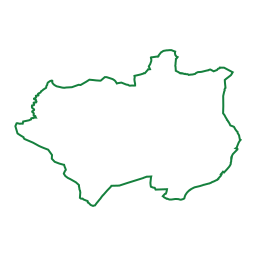 Silmalas pag., Rezeknes, Latvia (Robinson projection)
{"feature_id": "27541924B39247356667850", "entity_name": "Silmalas pag.", "entity_type": "district", "adm_level": 2, "iso_a3": "LVA", "parent_name": "Latvia", "parent_adm1": "Rezeknes", "projection": "robinson", "projection_center": [27.034, 56.413], "detail": "fine", "context": "isolated", "style": "outline", "palette": "green", "viewbox_px": 256, "rotation_deg": 0, "n_neighbors": 0, "source": "geoboundaries", "source_scale": "gbopen_adm2", "svg_char_len": 5475}
<svg xmlns="http://www.w3.org/2000/svg" viewBox="0 0 256 256"><path d="M232.6,72.2L224.1,67.7L219.8,67.6L219.7,68.2L218.0,68.8L217.0,70.0L213.9,71.2L213.7,71.3L210.7,69.7L210.3,69.5L210.1,69.5L208.1,70.2L208.1,70.3L206.5,70.6L201.7,71.8L200.1,72.0L198.0,72.1L196.2,72.9L195.1,73.9L192.4,74.5L190.8,74.6L188.6,74.9L188.1,74.4L187.5,74.2L186.1,74.2L185.7,74.1L185.1,73.8L184.7,73.9L184.3,74.0L183.9,73.8L183.1,73.5L182.6,73.5L182.3,73.3L182.1,73.2L181.7,73.3L181.6,73.2L181.0,73.1L180.9,73.3L180.7,73.2L180.5,73.3L180.2,73.3L180.0,73.1L179.6,72.9L179.2,72.7L178.8,72.3L175.8,70.8L175.7,69.0L175.5,66.5L175.4,66.4L175.3,65.3L175.5,64.6L175.6,62.6L175.8,61.1L175.9,59.1L176.0,59.1L176.2,58.9L177.6,57.1L176.5,56.6L175.3,55.0L174.9,53.0L175.2,51.6L173.0,50.8L171.6,50.2L171.0,50.1L169.9,50.1L167.9,50.3L166.8,50.3L163.4,50.9L161.9,51.9L161.1,52.3L158.5,55.6L158.5,56.2L158.1,56.6L157.8,56.5L157.6,56.7L156.6,56.6L151.4,57.4L151.2,57.3L150.9,57.5L151.0,58.4L151.3,59.3L151.3,60.4L151.3,60.9L150.2,64.1L148.8,66.4L150.0,69.2L148.1,69.4L148.1,69.5L144.9,73.2L144.1,73.2L144.1,73.3L143.9,73.4L140.5,74.5L135.7,75.6L134.6,75.8L134.4,75.9L134.6,76.7L134.7,77.7L134.4,79.0L134.4,79.3L134.6,81.2L135.1,83.8L135.1,85.5L134.2,85.6L132.0,85.5L129.7,85.7L128.5,85.2L128.0,84.8L126.4,84.6L121.4,82.6L117.6,83.2L116.9,83.5L115.3,81.1L114.7,80.5L114.2,80.1L112.8,79.2L112.3,79.0L110.5,78.4L106.8,77.2L106.2,77.1L105.5,77.1L104.8,77.1L100.9,80.5L100.3,80.7L96.1,80.4L93.6,80.1L89.4,79.7L86.3,81.7L80.6,85.0L78.6,84.8L71.9,87.2L66.4,87.5L64.2,87.8L62.2,87.6L58.0,86.6L57.2,86.5L57.3,86.5L56.7,86.3L55.9,85.9L54.9,85.3L53.9,84.6L53.3,84.0L52.9,83.5L52.4,82.8L52.3,82.6L52.3,82.4L52.2,82.0L52.4,81.0L52.3,80.8L52.2,80.7L51.9,80.6L51.6,80.6L50.9,80.8L50.2,81.0L48.4,82.2L47.8,82.7L47.5,83.3L47.4,83.6L47.2,84.8L47.1,85.1L46.6,85.6L46.5,85.9L46.2,86.9L46.2,87.5L46.1,87.8L43.3,89.6L42.7,90.2L42.1,90.7L41.2,91.2L41.0,91.4L40.7,92.3L40.5,92.5L39.8,92.9L38.6,93.4L38.1,93.8L38.0,94.2L38.1,94.4L38.5,94.8L38.5,95.1L38.4,95.4L38.2,95.5L37.9,95.5L36.4,95.6L35.9,95.8L35.9,96.1L36.1,96.3L36.2,96.5L36.2,97.1L35.3,98.0L34.6,98.4L34.3,98.4L34.0,98.6L34.0,98.8L34.1,99.1L34.3,99.2L34.7,99.4L35.5,99.5L35.8,99.6L35.9,99.9L35.9,100.5L36.5,101.5L36.4,101.9L35.9,102.5L34.4,102.4L34.0,102.5L33.7,102.7L33.6,102.9L33.6,103.0L34.0,103.9L34.1,104.8L34.0,105.0L33.5,105.3L32.4,105.3L32.2,105.3L32.0,105.6L31.9,106.8L32.1,107.7L32.5,108.1L33.8,109.1L34.0,109.3L34.1,109.6L34.0,110.1L33.8,110.3L32.3,111.3L32.2,111.4L32.2,111.6L32.2,111.8L32.3,112.0L33.1,112.6L33.7,113.2L33.8,113.5L33.6,114.9L33.6,115.3L33.7,115.6L34.0,115.7L35.0,115.9L35.3,116.1L35.5,116.5L35.5,116.9L35.6,117.3L35.8,117.6L35.1,117.6L34.2,117.6L33.5,118.1L32.3,118.0L31.2,118.4L31.1,119.4L31.0,119.5L30.3,119.7L29.0,120.3L23.3,121.5L23.2,121.5L22.7,123.7L22.0,123.7L21.0,123.5L20.0,123.8L17.3,123.2L16.6,123.3L15.4,126.1L15.4,126.3L16.0,128.3L17.5,133.4L17.6,133.5L20.3,135.3L23.5,137.2L23.7,138.0L24.5,138.9L24.5,139.0L32.9,142.6L36.2,144.4L38.9,145.9L41.1,146.9L44.0,148.1L48.2,149.7L52.0,155.0L51.8,158.7L54.7,161.8L59.4,163.6L63.4,164.7L64.1,164.8L64.2,165.3L64.9,167.4L65.0,167.6L65.2,168.0L65.8,169.7L65.7,170.1L64.7,171.4L64.3,172.6L64.0,173.0L63.8,173.7L64.4,174.6L65.3,176.0L67.8,177.9L70.1,179.0L75.9,182.3L78.9,185.0L79.0,185.6L79.0,186.0L78.9,186.3L79.0,186.5L79.3,187.9L79.5,189.6L80.0,190.6L80.1,191.4L80.3,192.3L79.9,197.8L81.1,198.7L82.6,198.6L83.5,199.5L84.4,199.8L86.0,200.5L87.3,200.9L87.8,201.3L87.8,202.5L88.9,203.1L90.6,204.9L91.0,205.1L93.0,205.9L93.5,205.8L93.8,205.6L95.0,205.4L96.5,203.3L98.0,201.5L99.6,199.5L100.5,198.5L101.2,197.4L102.3,196.0L102.7,195.4L103.0,195.3L107.3,190.4L110.2,187.4L111.0,186.5L111.4,185.8L119.3,185.6L127.6,182.9L143.3,178.0L143.6,177.8L147.0,176.6L147.3,176.7L151.2,176.5L151.0,177.3L150.4,182.9L150.6,185.1L150.9,186.7L153.2,187.6L154.7,187.8L155.6,189.6L167.0,189.2L166.7,191.1L166.1,193.1L165.7,193.8L165.1,193.8L164.8,194.0L164.0,194.9L163.4,195.5L162.8,196.2L163.5,196.7L164.2,197.4L166.3,198.5L166.9,198.6L166.9,198.8L167.8,198.9L169.0,199.4L169.3,199.5L171.7,199.5L175.2,199.0L176.0,199.0L178.3,199.1L180.4,199.7L181.0,199.7L181.6,199.5L182.8,199.2L183.9,198.7L184.3,198.4L184.8,196.5L185.4,195.0L186.6,193.2L187.1,192.5L188.7,190.9L190.0,190.0L189.9,189.9L190.9,189.2L191.5,188.9L193.0,188.1L194.4,187.4L195.1,187.2L199.8,186.1L202.7,185.2L203.7,184.8L204.0,184.8L208.9,183.5L209.2,183.5L211.3,182.6L212.2,182.0L213.4,181.6L213.5,181.6L216.3,180.2L217.2,179.9L217.8,179.4L217.6,179.3L219.0,177.8L219.4,177.3L220.7,176.0L220.8,175.4L221.4,174.7L220.8,174.3L222.3,172.6L223.0,171.7L224.0,172.5L226.9,169.4L229.3,166.6L230.6,164.4L230.8,163.2L230.7,162.7L231.1,161.8L231.2,160.9L231.2,158.8L231.5,158.8L231.9,156.6L231.6,156.6L231.9,156.0L232.5,154.8L232.8,154.2L234.5,152.4L236.4,150.5L236.9,149.9L237.4,149.5L237.4,148.9L235.8,148.3L236.3,148.0L236.9,147.3L237.0,146.7L238.7,142.5L239.7,140.9L239.9,140.5L240.2,140.4L240.6,139.9L239.8,139.3L239.7,138.6L239.4,137.3L239.1,135.5L238.6,134.5L237.7,133.2L237.5,131.8L236.8,131.3L235.6,129.7L234.9,128.6L234.7,128.1L233.9,126.8L232.5,126.2L231.1,125.7L230.3,125.4L230.1,124.9L230.5,124.7L230.3,124.7L229.7,124.1L229.2,123.0L228.2,121.6L228.3,121.5L227.4,120.2L226.9,119.9L226.9,119.4L226.8,119.2L225.5,117.1L224.6,115.3L223.1,113.3L223.3,106.0L223.2,96.0L224.1,91.9L224.7,90.3L224.5,89.7L225.0,88.3L225.5,87.9L224.9,82.1L224.8,80.0L225.8,79.1L230.9,75.2L232.2,73.2L232.1,72.7L232.6,72.2Z" fill="none" stroke="#15803d" stroke-width="2"/></svg>